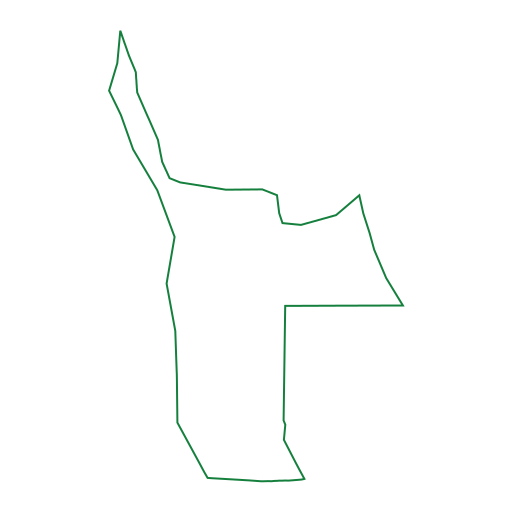 the district of Al Meiram, South Kordufan, Sudan
{"feature_id": "16777658B70397884779871", "entity_name": "Al Meiram", "entity_type": "district", "adm_level": 2, "iso_a3": "SDN", "parent_name": "Sudan", "parent_adm1": "South Kordufan", "projection": "orthographic", "projection_center": [27.504, 10.327], "detail": "fine", "context": "isolated", "style": "outline", "palette": "green", "viewbox_px": 512, "rotation_deg": 0, "n_neighbors": 0, "source": "geoboundaries", "source_scale": "gbopen_adm2", "svg_char_len": 2540}
<svg xmlns="http://www.w3.org/2000/svg" viewBox="0 0 512 512"><path d="M109.1,90.7L117.5,107.9L120.7,114.6L121.3,116.1L133.1,149.4L157.3,190.3L165.4,212.1L174.6,236.9L169.8,264.9L167.9,275.9L166.6,283.6L175.3,331.0L176.3,360.5L176.7,371.6L176.8,373.7L176.9,379.0L177.4,422.6L178.8,425.2L180.0,427.4L199.2,462.7L202.1,468.1L204.3,472.2L207.6,477.9L211.6,478.2L232.3,479.4L249.2,480.4L261.5,481.3L265.7,481.2L265.8,481.2L268.4,481.1L268.6,481.1L269.0,481.1L270.2,481.2L271.8,481.2L273.5,481.0L275.2,480.9L276.5,480.9L277.6,480.8L278.7,480.7L281.0,480.7L283.6,480.6L285.9,480.5L287.0,480.6L288.4,480.6L289.9,480.5L296.2,480.0L301.1,479.6L302.3,479.4L304.1,479.0L304.4,478.9L299.2,469.3L295.7,462.7L284.5,441.0L284.3,440.7L284.2,440.4L284.1,440.2L283.9,439.8L284.0,438.8L285.3,424.7L283.6,420.4L285.2,305.9L335.6,305.7L402.9,305.5L386.2,278.1L374.2,249.8L369.6,233.0L363.3,213.4L359.3,195.3L336.1,215.1L301.0,224.9L282.5,223.1L279.2,213.2L277.0,195.2L262.3,189.4L225.9,189.7L180.1,182.4L169.6,178.2L169.4,177.8L169.3,177.6L169.2,177.2L169.0,176.8L168.8,176.4L168.7,176.2L168.5,175.8L168.3,175.4L167.8,174.1L167.7,174.0L167.4,173.4L167.3,173.2L167.1,172.6L167.0,172.4L166.6,171.5L166.1,170.5L165.8,169.9L165.7,169.6L165.6,169.4L165.5,169.2L165.3,168.8L165.2,168.4L165.0,168.1L164.9,167.9L164.8,167.7L164.6,167.2L164.5,166.9L164.3,166.5L164.2,166.4L164.2,166.2L164.0,165.9L163.8,165.3L163.6,165.0L163.5,164.7L163.4,164.6L163.3,164.4L163.3,164.2L163.1,163.9L162.9,163.5L162.8,163.1L162.6,162.8L162.3,162.1L162.1,161.7L162.1,161.3L162.0,160.9L161.6,158.8L160.8,154.8L160.7,154.5L160.6,153.9L159.8,149.7L159.6,148.3L159.3,147.2L159.1,145.8L158.6,143.5L158.0,140.0L149.5,120.5L146.9,114.7L146.3,113.3L146.1,112.9L140.7,100.5L137.4,92.9L137.2,92.4L137.1,90.9L136.8,87.7L136.7,85.4L136.6,84.7L136.4,80.9L136.3,79.5L136.2,78.9L136.1,76.9L136.0,75.1L135.8,72.2L134.9,70.0L134.7,69.4L134.4,68.7L133.7,67.0L133.6,66.8L133.2,65.9L132.5,64.1L132.4,64.0L131.8,62.4L131.3,61.4L131.1,60.7L130.7,59.9L130.5,59.4L130.4,59.1L130.3,58.9L130.1,58.3L130.0,58.1L129.9,58.0L129.5,56.9L129.3,56.4L129.2,56.3L129.0,55.7L128.9,55.6L128.9,55.4L128.8,55.1L128.7,55.0L128.6,54.5L128.1,53.3L127.9,52.5L127.7,52.0L127.6,51.7L127.2,50.7L126.9,49.8L126.9,49.7L126.8,49.4L126.6,48.8L126.4,48.3L125.9,46.8L125.6,46.0L125.4,45.4L125.0,44.2L124.6,43.3L124.4,42.7L124.1,41.7L124.0,41.4L123.9,41.3L123.8,40.9L123.7,40.7L123.6,40.3L123.4,39.6L123.0,38.5L121.9,35.4L121.4,33.8L121.1,33.0L120.7,31.9L120.3,30.7L117.3,63.2L109.1,90.7Z" fill="none" stroke="#15803d" stroke-width="2"/></svg>